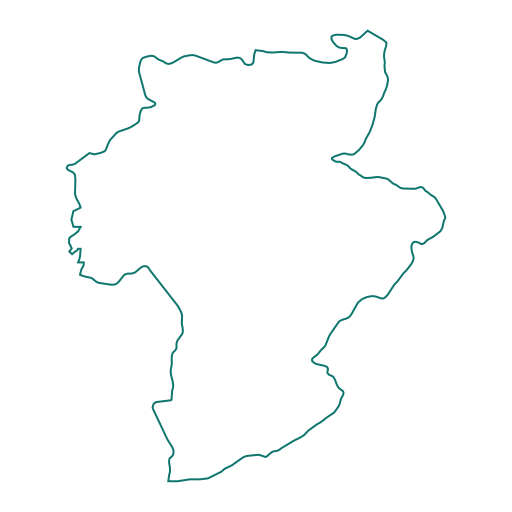 the border of Kalasin, rotated 90°
{"feature_id": "THA-439", "entity_name": "Kalasin", "entity_type": "Province", "adm_level": 1, "iso_a3": "THA", "parent_name": "Thailand", "parent_adm1": "", "projection": "albers", "projection_center": [103.592, 16.645], "detail": "fine", "context": "isolated", "style": "outline", "palette": "teal", "viewbox_px": 512, "rotation_deg": 90, "n_neighbors": 0, "source": "natural_earth", "source_scale": "10m", "svg_char_len": 5588}
<svg xmlns="http://www.w3.org/2000/svg" viewBox="0 0 512 512"><g transform="rotate(90 256 256)"><path d="M37.8,180.6L36.4,180.4L35.4,178.6L34.7,175.7L34.9,168.9L35.4,165.5L36.2,163.1L38.6,157.9L39.0,156.7L39.1,155.8L37.7,152.1L30.7,144.4L39.7,129.0L42.4,125.7L43.3,125.6L44.6,125.7L46.6,126.0L50.9,127.4L54.3,127.9L56.4,128.0L61.3,127.3L63.3,127.2L65.3,127.5L67.9,127.4L72.1,126.9L75.6,125.0L77.8,124.2L80.1,124.0L85.5,124.9L89.3,126.1L92.1,127.5L96.7,129.2L98.5,130.1L99.9,131.1L101.8,132.8L102.6,133.9L105.0,135.0L108.6,136.1L117.2,137.4L125.2,139.6L132.4,142.5L138.6,146.0L142.6,147.6L144.7,148.7L150.3,153.3L153.7,157.4L154.4,158.6L154.7,160.1L154.5,163.0L153.6,166.5L153.5,168.1L153.8,169.7L156.2,176.8L156.9,178.4L158.1,180.0L159.0,180.0L159.7,179.4L161.0,177.4L161.6,176.3L161.8,175.1L161.7,172.5L162.1,171.4L163.2,169.6L164.8,165.7L165.4,164.7L166.1,163.8L168.6,161.4L169.9,159.3L171.7,156.1L172.4,155.2L174.2,153.6L175.6,151.2L176.7,149.9L177.4,148.6L177.8,147.3L178.0,145.8L177.8,141.1L177.0,135.3L177.2,132.4L178.6,125.5L179.1,124.3L179.8,123.3L183.6,118.9L185.2,115.3L187.3,112.5L187.9,111.4L188.3,110.2L188.5,108.6L188.8,97.6L188.6,96.2L187.3,92.5L187.1,91.2L187.3,89.9L187.9,88.9L188.8,88.1L189.8,87.4L190.7,86.7L191.4,85.7L192.0,84.6L195.0,81.0L196.3,78.9L196.9,77.7L199.1,75.9L211.0,68.9L215.0,67.4L217.7,66.7L221.2,68.2L227.9,69.7L230.1,70.9L231.1,71.6L231.9,72.4L237.0,79.1L239.3,83.5L240.7,85.4L243.2,87.8L244.2,90.2L243.1,92.6L242.4,94.0L241.9,95.5L241.8,97.0L242.2,98.3L243.1,99.4L244.6,100.1L246.6,100.6L250.0,100.4L253.8,99.5L255.1,98.9L258.2,98.3L260.8,99.0L263.9,100.6L269.5,104.9L272.9,108.1L273.1,108.3L273.3,108.6L281.1,114.3L284.5,117.6L294.9,124.4L297.1,126.5L298.4,128.4L298.5,130.0L298.2,131.5L296.7,135.7L296.1,138.6L296.2,140.3L296.7,143.5L297.0,144.9L298.1,147.7L299.4,150.2L301.9,153.3L303.0,154.3L313.4,160.1L315.7,161.6L317.2,163.0L318.5,165.5L319.8,169.8L320.4,171.1L321.1,172.3L321.9,173.3L334.4,181.9L336.0,182.8L345.2,186.5L346.3,187.2L347.4,188.1L350.2,191.1L353.4,193.6L355.3,195.4L356.8,197.6L358.7,199.7L359.9,200.0L361.4,199.6L363.5,196.9L364.2,194.8L365.7,188.0L366.8,185.2L367.9,184.4L369.4,184.0L371.7,184.6L373.3,184.4L374.6,183.1L376.6,178.9L378.1,177.9L380.2,176.8L384.1,175.4L386.3,174.3L387.8,173.3L388.8,172.3L391.2,169.0L392.5,168.5L394.8,168.8L398.8,171.0L403.7,172.3L406.3,173.4L412.4,177.7L418.1,186.1L420.7,189.2L422.5,191.8L424.3,195.0L430.7,203.8L432.6,205.6L433.6,206.4L434.5,207.3L436.0,209.3L437.7,212.1L440.7,218.2L447.9,230.2L449.8,232.7L450.9,234.9L451.2,237.8L452.1,240.2L454.7,243.3L456.2,244.9L457.0,246.5L455.0,252.3L454.8,253.9L455.9,264.8L456.5,267.0L457.6,269.3L465.3,280.1L468.3,286.4L469.0,287.6L471.7,290.6L478.4,304.2L479.3,311.8L479.3,321.9L481.3,334.9L481.2,343.7L474.8,342.8L471.8,342.0L467.5,342.1L462.7,342.9L460.1,342.8L458.3,342.4L456.4,340.1L455.5,339.3L454.3,338.8L452.7,338.5L451.1,338.5L449.4,338.8L447.5,339.6L439.2,344.7L409.2,358.9L407.5,359.4L404.3,358.6L403.0,357.4L402.1,355.9L400.3,341.4L400.1,340.9L399.6,340.5L390.3,339.8L387.3,338.9L384.8,338.9L381.5,339.3L374.9,341.0L371.7,341.3L369.2,341.2L366.2,340.5L363.6,340.2L357.3,340.3L355.6,340.1L354.1,339.7L352.8,339.2L351.8,338.3L350.9,337.3L349.9,336.4L348.7,335.7L347.1,335.5L343.8,335.5L342.2,335.2L340.8,334.7L339.6,333.9L334.1,329.9L332.7,329.4L331.2,329.1L327.9,329.4L324.7,330.0L323.1,330.2L316.2,329.9L313.9,330.2L311.1,331.4L306.3,333.9L270.7,361.7L268.5,363.1L267.3,364.0L266.3,365.4L266.2,367.8L266.5,369.4L267.3,370.8L269.8,373.9L270.7,374.8L272.4,376.9L272.9,378.2L273.4,379.7L273.6,381.3L273.6,382.9L273.7,384.4L274.0,385.9L274.6,387.2L275.4,388.2L281.8,393.3L283.4,395.0L283.8,395.6L284.2,396.6L284.6,397.8L284.7,401.1L282.9,413.0L282.4,414.4L281.7,415.6L281.0,416.7L278.4,419.8L278.2,420.1L277.7,421.6L276.4,427.7L274.8,432.0L269.3,430.6L265.1,428.3L262.4,428.3L262.4,433.9L259.1,432.6L255.8,431.9L248.8,431.4L248.8,433.9L250.5,435.1L252.3,437.8L254.2,439.9L251.5,442.7L248.5,440.3L246.1,441.3L243.0,443.0L238.1,442.7L236.5,440.9L234.4,437.6L231.4,433.9L226.9,431.4L226.8,438.5L219.6,440.6L211.2,438.6L207.6,431.4L203.8,432.7L197.9,435.9L194.6,436.8L194.0,437.0L180.1,436.6L174.9,437.0L172.6,438.7L169.8,444.1L167.9,445.3L165.7,444.3L164.9,442.0L164.7,439.3L163.8,437.0L153.1,422.6L154.3,417.6L153.3,412.9L152.6,410.6L151.3,407.4L149.7,406.1L144.6,404.2L140.1,402.0L132.9,395.5L131.7,393.6L128.5,384.3L127.3,381.5L124.3,376.6L122.7,374.4L121.3,373.1L120.2,372.8L116.6,372.6L114.3,372.2L110.7,371.2L108.9,370.1L108.0,368.7L107.7,367.1L107.8,365.5L107.5,363.2L107.0,360.9L105.4,357.5L104.0,356.7L102.9,357.0L102.1,358.1L100.0,362.1L98.6,364.4L97.7,365.4L96.5,366.1L95.3,366.7L71.9,373.0L69.5,373.1L66.6,372.8L61.2,371.5L59.1,370.3L57.8,368.8L56.7,365.6L55.8,361.3L55.9,359.7L56.2,358.3L56.8,357.1L59.4,353.7L61.6,348.4L63.3,346.1L63.7,344.6L63.9,342.9L63.3,340.6L61.9,337.8L57.4,330.3L56.4,328.1L55.2,321.7L55.1,320.0L55.2,318.4L55.7,316.3L62.3,298.5L62.7,297.0L62.6,295.1L61.7,293.1L59.7,289.7L59.3,288.1L59.3,284.7L59.0,281.6L57.7,275.4L57.7,273.9L57.9,272.4L58.6,271.3L59.4,270.3L60.4,269.5L63.9,267.1L64.6,265.6L65.0,263.8L64.6,260.5L63.3,259.2L61.7,258.5L54.5,257.8L50.2,256.4L51.0,249.4L51.4,247.8L52.1,245.9L52.4,243.1L52.5,239.1L51.9,230.5L52.4,223.9L52.6,222.4L52.7,210.3L53.4,207.9L54.3,206.3L56.3,204.4L58.1,202.4L59.5,200.0L60.8,197.2L62.5,189.3L63.0,182.2L62.0,176.8L59.0,169.2L57.4,167.0L53.9,165.5L51.5,165.0L49.5,165.2L48.4,165.8L48.1,167.1L48.0,170.3L47.7,171.8L47.3,173.3L46.6,174.5L45.8,175.6L43.8,177.4L41.7,179.1L40.6,179.8L39.2,180.4L37.8,180.6Z" fill="none" stroke="#0f766e" stroke-width="2"/></g></svg>